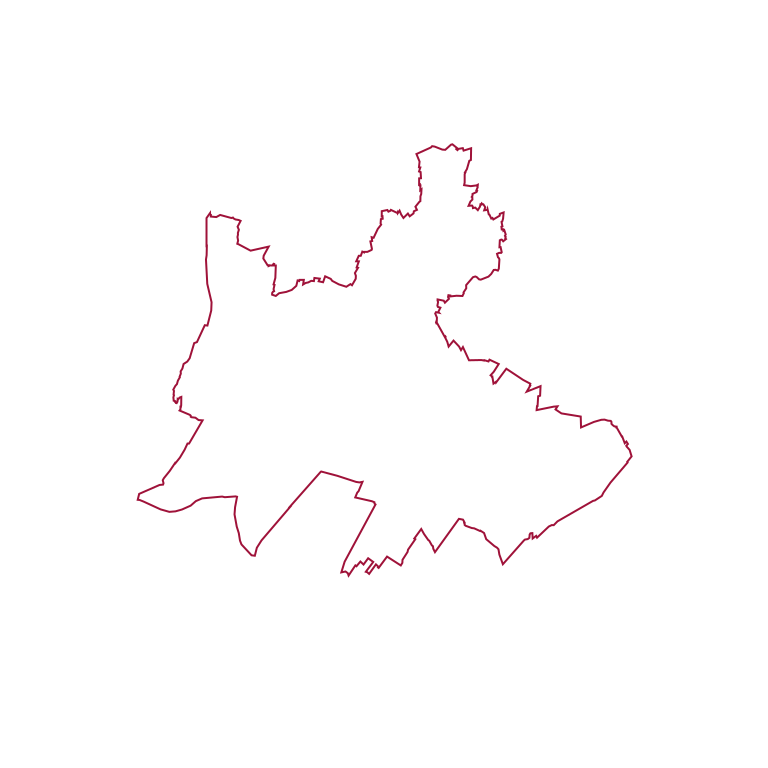 outline of Leeuwarden, Friesland, Netherlands, rotated 127°
{"feature_id": "6326949B93347001607369", "entity_name": "Leeuwarden", "entity_type": "district", "adm_level": 2, "iso_a3": "NLD", "parent_name": "Netherlands", "parent_adm1": "Friesland", "projection": "natural_earth1", "projection_center": [5.791, 53.17], "detail": "fine", "context": "isolated", "style": "outline", "palette": "rose", "viewbox_px": 768, "rotation_deg": 127, "n_neighbors": 0, "source": "geoboundaries", "source_scale": "gbopen_adm2", "svg_char_len": 6154}
<svg xmlns="http://www.w3.org/2000/svg" viewBox="0 0 768 768"><g transform="rotate(127 384 384)"><path d="M511.0,549.5L515.3,548.9L515.9,547.6L519.2,545.6L519.3,545.0L521.4,544.2L523.9,541.9L523.5,541.1L523.9,540.4L523.5,540.1L524.4,538.8L524.1,538.1L522.4,538.3L520.4,539.6L520.5,539.1L517.9,539.1L516.3,538.1L523.0,533.2L524.4,532.5L524.6,532.9L526.8,531.3L528.2,531.3L525.5,520.5L525.6,519.3L526.5,518.6L526.4,517.8L524.4,514.3L524.4,510.4L522.2,507.0L548.3,503.9L549.0,503.9L549.8,505.1L556.4,503.7L565.6,502.7L572.9,502.9L572.8,503.3L582.3,502.8L591.7,503.1L594.0,502.8L595.9,500.4L597.3,499.9L599.7,502.5L619.1,513.4L624.7,511.0L623.7,509.4L622.6,505.3L618.6,487.0L615.3,478.5L611.2,473.9L605.8,469.8L597.5,465.2L590.8,463.8L584.8,460.4L571.3,445.5L570.2,443.0L563.1,434.9L562.5,433.5L572.0,428.8L578.1,424.9L586.5,415.8L590.5,410.2L595.7,404.8L597.9,401.3L600.5,386.7L598.9,383.8L591.3,387.0L582.6,387.7L538.5,385.0L538.7,385.3L492.3,381.7L491.7,381.5L485.4,366.0L479.0,347.4L477.4,344.4L475.1,342.3L484.9,339.8L486.9,340.0L491.9,338.7L484.9,323.1L484.2,320.5L485.2,319.6L485.3,318.3L549.6,308.5L560.1,304.7L556.9,301.9L556.9,299.0L558.3,297.0L546.1,297.7L546.1,296.3L540.0,296.0L540.5,291.7L532.7,291.8L532.6,285.5L544.9,285.5L544.4,284.0L544.6,281.6L532.9,281.9L533.3,278.7L534.1,278.5L534.1,277.6L520.0,277.7L518.8,261.4L515.8,261.7L513.3,263.4L504.0,264.1L501.8,265.1L489.1,265.6L489.2,266.8L477.4,267.0L479.7,261.8L482.0,254.7L481.9,253.6L484.1,248.6L484.1,247.3L485.9,245.5L487.6,242.1L446.6,243.0L444.8,239.3L445.5,237.6L446.6,236.5L446.3,236.1L448.0,234.8L448.1,233.5L446.2,227.2L445.0,225.1L443.6,218.8L443.1,218.7L442.8,214.4L446.4,209.0L447.0,198.4L446.7,195.2L447.1,193.1L450.8,189.2L456.4,180.6L424.7,178.1L423.4,177.8L421.4,175.9L419.4,175.3L416.5,177.1L415.1,177.2L413.8,175.8L417.9,172.3L413.7,171.1L414.6,169.3L398.6,166.6L395.7,165.1L394.6,163.5L389.3,162.8L351.5,146.7L350.1,145.5L342.3,142.7L338.5,143.4L326.4,143.8L300.1,142.2L299.8,142.9L292.8,142.7L288.8,148.2L287.9,152.7L287.3,153.0L288.3,153.4L285.1,153.1L284.1,155.8L286.4,156.1L282.6,162.1L282.9,162.3L278.9,171.6L279.0,172.2L278.1,172.6L279.2,174.5L279.2,176.7L278.9,178.4L277.4,179.5L277.0,180.7L278.5,183.1L279.7,186.4L281.8,188.9L287.9,193.5L300.1,200.5L291.6,207.3L300.7,224.6L301.1,231.7L297.4,232.0L299.9,234.8L313.0,246.4L309.6,248.5L309.2,248.1L301.0,253.5L299.4,252.3L291.5,257.7L304.2,265.4L297.4,266.2L297.5,266.6L295.7,267.3L297.0,275.3L298.2,295.5L315.5,295.4L315.1,296.0L317.8,296.8L313.0,301.8L313.4,302.0L312.9,303.0L312.9,304.1L308.2,303.7L299.0,304.4L301.1,314.4L303.1,314.1L304.6,318.2L305.0,318.1L306.3,320.7L313.9,330.4L307.0,343.2L310.6,342.9L308.9,346.6L307.5,354.6L315.2,354.9L312.2,358.9L310.3,362.7L309.2,363.2L309.1,363.5L310.0,363.4L303.3,378.5L304.0,378.7L303.6,379.5L302.5,379.9L302.3,379.5L299.1,381.7L296.9,385.5L295.3,385.7L294.0,383.0L293.8,384.0L289.1,384.9L290.0,387.4L289.3,388.5L285.9,390.2L285.2,391.4L284.2,392.1L281.5,386.4L282.4,384.3L276.9,383.4L276.0,385.2L274.3,386.0L273.4,384.3L274.2,383.8L269.8,379.1L266.5,374.3L263.5,374.9L263.0,375.6L258.1,375.9L255.6,377.9L245.1,377.2L243.2,375.8L242.8,374.4L243.2,371.0L242.4,369.5L235.4,365.2L231.6,364.6L226.9,365.0L225.7,363.7L224.9,361.3L222.8,361.7L215.2,366.7L214.4,367.7L214.2,369.2L212.0,372.1L210.0,371.0L208.7,369.3L207.9,369.3L204.5,373.3L205.3,374.1L199.5,378.0L198.1,377.3L197.8,376.6L198.3,374.7L194.8,373.8L194.6,374.9L193.3,375.3L192.9,376.6L191.3,376.8L188.9,380.3L188.7,380.6L189.8,380.9L188.8,382.1L189.7,383.0L187.7,384.9L186.8,384.3L183.8,387.7L183.0,387.4L180.3,388.4L175.0,391.7L178.4,393.9L179.9,392.9L186.8,395.7L186.1,397.3L187.3,397.9L185.3,401.7L185.5,402.4L182.0,406.6L182.8,406.3L185.0,408.5L181.9,409.5L180.7,412.8L181.2,413.4L181.0,414.6L182.1,414.3L182.4,415.1L184.6,414.1L188.7,413.7L188.2,417.3L190.0,418.8L188.8,420.0L188.5,421.1L190.8,423.7L186.3,424.8L183.5,424.4L181.8,425.8L181.8,426.5L180.5,426.6L178.9,427.7L175.0,425.6L173.7,425.9L173.9,426.7L170.5,427.6L169.7,428.9L169.2,428.5L168.4,429.0L169.8,429.7L173.8,433.8L177.0,439.7L174.6,440.8L167.8,445.9L166.1,446.3L166.2,446.7L162.5,447.1L154.4,450.2L152.8,449.4L143.3,456.3L149.7,460.9L148.2,463.0L151.4,466.0L153.0,466.1L152.9,467.7L151.6,467.7L151.4,473.6L152.5,474.5L160.1,476.0L161.7,478.5L163.9,486.4L165.1,488.7L166.9,488.9L180.8,496.5L185.0,489.4L189.9,486.5L189.2,485.3L193.2,483.9L192.7,482.3L197.4,478.3L198.6,479.7L203.7,475.9L203.0,475.5L203.9,474.8L203.5,474.4L207.5,471.6L206.0,471.2L209.9,468.6L212.1,467.9L216.1,465.0L217.2,465.4L223.5,465.6L225.1,462.5L228.1,464.1L230.0,463.1L234.6,464.4L233.5,467.5L239.7,468.4L238.3,472.3L236.2,475.9L239.4,475.8L238.9,476.4L239.4,476.3L240.8,483.3L241.9,483.2L243.7,484.2L243.0,486.0L247.3,489.8L251.5,486.7L250.9,486.2L252.8,484.5L254.2,485.7L257.9,483.3L258.4,482.2L263.9,482.3L273.5,480.3L274.2,482.2L276.9,479.5L278.3,480.7L283.4,474.9L284.4,474.6L288.5,476.8L290.4,479.3L290.9,479.1L291.3,481.0L295.6,479.7L296.8,481.3L302.7,480.0L301.2,477.9L307.4,476.0L306.8,474.7L312.9,474.0L314.5,471.6L317.0,469.9L324.4,469.0L324.4,470.9L329.0,472.6L331.6,480.0L332.8,487.4L332.1,489.8L333.4,495.8L339.4,493.9L341.3,498.0L338.5,498.7L341.2,503.4L344.0,501.9L345.4,504.2L348.4,505.6L350.5,507.4L353.2,508.5L349.1,510.7L351.7,514.2L352.8,513.7L353.3,515.3L358.4,513.1L364.4,514.3L369.3,517.5L374.6,522.4L378.8,523.4L380.0,527.1L378.6,528.1L377.1,528.2L376.0,527.6L374.7,529.3L370.7,531.1L371.0,532.1L364.7,534.6L354.5,541.7L355.5,543.1L354.2,543.9L354.4,544.5L356.7,544.6L357.7,546.2L359.2,547.1L358.5,547.6L359.2,548.5L356.4,555.9L353.9,557.3L343.7,558.8L357.8,570.8L360.1,585.3L361.1,585.2L357.3,586.8L354.8,589.5L352.6,590.5L351.3,591.6L348.2,592.7L346.5,595.6L340.0,596.7L340.5,598.8L342.0,601.7L342.3,603.9L342.0,604.8L343.3,605.8L347.6,616.6L351.6,618.4L354.5,623.1L353.1,624.0L353.2,625.0L352.2,625.8L358.3,625.6L380.6,608.8L380.3,608.6L388.0,603.1L391.7,601.1L410.4,585.4L422.5,570.9L429.3,566.2L443.6,560.2L444.9,562.5L463.1,558.6L465.6,560.2L480.4,554.7L484.5,554.6L488.6,556.1L493.0,554.3L496.3,554.0L498.0,552.5L501.2,551.6L501.5,551.1L505.4,550.6L508.7,549.3L511.0,549.5Z" fill="none" stroke="#9f1239" stroke-width="2"/></g></svg>